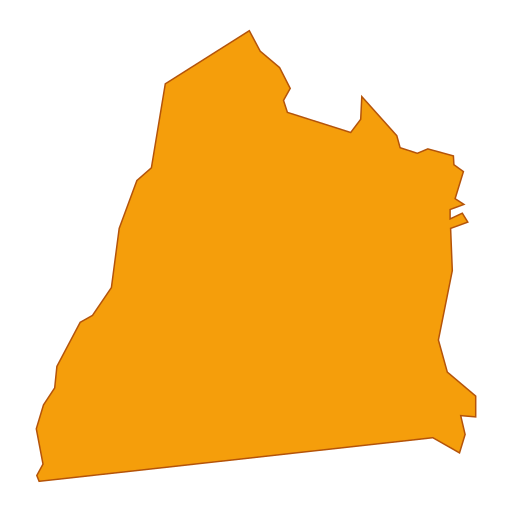 outline of Wau, Western Bahr el Ghazal, South Sudan
{"feature_id": "79223893B74023037447504", "entity_name": "Wau", "entity_type": "district", "adm_level": 2, "iso_a3": "SSD", "parent_name": "South Sudan", "parent_adm1": "Western Bahr el Ghazal", "projection": "robinson", "projection_center": [27.449, 7.398], "detail": "fine", "context": "isolated", "style": "filled", "palette": "amber", "viewbox_px": 512, "rotation_deg": 0, "n_neighbors": 0, "source": "geoboundaries", "source_scale": "gbopen_adm2", "svg_char_len": 692}
<svg xmlns="http://www.w3.org/2000/svg" viewBox="0 0 512 512"><path d="M165.3,83.8L151.4,167.8L136.9,180.5L119.2,228.4L111.4,287.6L92.5,315.4L80.2,322.3L56.9,366.4L54.7,387.9L43.5,404.9L36.3,428.8L43.0,464.1L36.8,475.5L39.1,481.3L206.4,462.8L432.8,437.7L459.5,452.9L465.1,434.5L460.7,415.6L475.7,416.9L475.7,396.1L447.3,372.1L438.4,340.0L452.3,270.6L450.6,228.4L467.8,222.1L462.3,213.2L450.1,218.9L450.1,209.5L463.9,204.4L455.1,198.7L463.4,171.6L453.9,164.7L453.4,155.9L427.8,148.9L417.3,153.3L400.1,147.7L396.8,135.7L361.8,96.6L360.7,119.3L350.7,132.5L287.4,112.4L283.5,100.4L290.2,88.4L279.6,67.6L260.2,51.2L249.3,30.7L165.3,83.8Z" fill="#f59e0b" stroke="#b45309" stroke-width="1.5"/></svg>